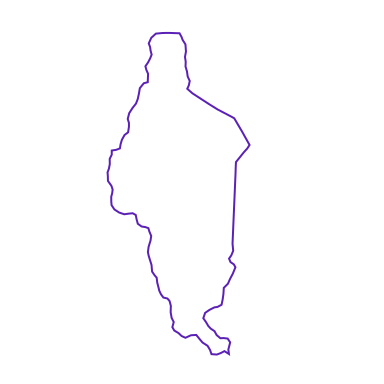 the district of Varzedo, Bahia, Brazil, rotated 26°
{"feature_id": "56859067B79843241756846", "entity_name": "Varzedo", "entity_type": "district", "adm_level": 2, "iso_a3": "BRA", "parent_name": "Brazil", "parent_adm1": "Bahia", "projection": "natural_earth1", "projection_center": [-39.391, -12.955], "detail": "fine", "context": "isolated", "style": "outline", "palette": "violet", "viewbox_px": 384, "rotation_deg": 26, "n_neighbors": 0, "source": "geoboundaries", "source_scale": "gbopen_adm2", "svg_char_len": 1952}
<svg xmlns="http://www.w3.org/2000/svg" viewBox="0 0 384 384"><g transform="rotate(26 192 192)"><path d="M90.1,65.5L87.8,71.3L88.0,77.4L90.8,80.1L92.8,83.1L95.5,86.2L95.8,90.1L95.7,94.8L95.0,99.4L97.5,102.3L100.7,105.0L102.5,109.1L104.1,112.7L101.0,115.4L99.6,121.5L101.2,127.0L102.5,132.3L102.9,137.1L101.7,142.6L101.0,148.6L102.2,154.5L105.0,157.5L106.7,160.9L108.4,166.4L106.4,170.3L106.1,175.8L106.9,180.5L108.1,184.4L105.4,187.3L101.7,189.9L103.5,193.6L103.5,198.3L105.9,203.0L107.1,207.5L107.5,211.4L109.4,214.6L111.6,218.9L116.9,221.8L119.6,224.6L120.8,228.1L121.5,231.7L123.7,236.1L125.5,239.1L129.9,241.7L135.6,242.4L140.9,241.7L144.3,239.4L148.0,237.1L151.5,237.3L154.0,240.6L157.2,244.3L161.8,245.1L165.4,244.0L168.6,243.6L171.0,246.2L174.6,249.4L176.0,253.8L177.0,260.2L178.7,265.3L181.0,268.3L183.9,271.4L187.6,275.3L191.0,281.0L194.8,283.2L197.8,284.5L200.5,288.7L203.4,292.1L205.9,295.1L208.9,297.5L212.5,299.4L216.6,298.5L219.6,299.8L222.9,303.6L225.5,309.4L228.9,314.1L232.6,316.9L233.6,322.1L236.8,324.3L241.7,324.7L245.8,326.0L250.0,325.9L253.9,321.2L258.5,318.6L263.2,320.8L267.5,322.7L273.4,323.4L277.5,326.1L280.6,329.2L285.6,327.2L288.5,324.1L290.9,320.8L296.2,321.4L293.7,317.6L293.0,314.1L292.2,310.4L288.3,308.1L284.5,309.4L281.6,311.0L276.9,309.8L273.2,307.2L268.8,306.6L265.4,305.3L261.8,302.9L257.5,300.5L256.8,294.9L259.3,290.4L262.7,285.9L265.3,284.1L268.0,280.4L266.7,275.3L265.0,270.0L262.6,264.2L264.5,258.7L264.3,253.4L264.5,247.5L264.0,240.6L261.3,238.7L257.3,238.1L254.5,235.6L255.1,231.7L254.8,226.8L251.1,220.7L247.3,212.0L222.8,155.8L220.4,150.5L218.4,145.8L221.2,133.5L222.6,128.7L223.1,124.5L210.6,115.8L197.6,107.2L193.8,107.0L179.0,106.6L168.4,105.5L152.2,103.5L149.0,103.1L142.5,101.3L142.4,97.6L141.3,93.2L137.5,90.1L134.6,85.8L131.2,82.1L129.2,77.6L126.5,73.7L125.0,68.4L121.4,62.2L116.9,59.4L114.6,57.2L111.2,54.8L101.8,59.0L96.0,61.9L90.1,65.5Z" fill="none" stroke="#5b21b6" stroke-width="2"/></g></svg>